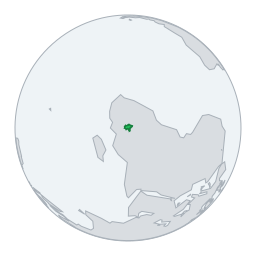 Matabeleland North highlighted on a globe, orthographic projection, rotated 141°
{"feature_id": "ZWE-526", "entity_name": "Matabeleland North", "entity_type": "Province", "adm_level": 1, "iso_a3": "ZWE", "parent_name": "Zimbabwe", "parent_adm1": "", "projection": "orthographic", "projection_center": [27.816, -18.601], "detail": "fine", "context": "on_globe", "style": "filled", "palette": "green", "viewbox_px": 256, "rotation_deg": 141, "n_neighbors": 0, "source": "natural_earth", "source_scale": "10m", "svg_char_len": 6131}
<svg xmlns="http://www.w3.org/2000/svg" viewBox="0 0 256 256"><g transform="rotate(141 128 128)"><circle cx="128" cy="128" r="113" fill="#eef3f6" stroke="#a8b0b8"/><path d="M16.5,111.9L16.4,113.8L17.7,113.4L18.0,117.2L17.6,120.4L18.5,120.0L18.5,121.9L23.8,119.8L28.0,122.0L28.9,128.6L27.4,138.2L30.6,155.8L29.1,164.7L31.8,172.0L36.0,184.0L34.7,185.6L38.3,189.4L40.2,193.3L40.2,195.0L43.0,198.3L43.2,199.5L45.1,200.8L49.4,206.5L53.0,209.1L57.2,213.4L59.6,214.8L59.7,215.2L60.8,216.4L62.3,217.4L60.8,217.3L55.7,213.7L52.8,211.1L52.8,211.4L46.2,204.8L47.8,206.6L40.0,198.1L34.2,190.1L25.6,174.9L22.5,167.4L19.9,159.8L17.9,152.0L16.5,144.0L15.6,136.0L15.4,127.9L15.7,119.9L16.5,111.9ZM64.7,218.2L61.6,217.8L62.7,217.7L60.1,215.3L63.0,216.2L64.7,218.2ZM58.4,211.6L57.4,209.7L58.2,209.9L59.0,211.3L58.4,211.6ZM232.6,86.1L232.7,86.6L231.3,83.1L231.7,84.9L236.4,98.1L237.1,101.1L236.7,104.3L236.2,101.8L232.4,92.6L233.4,99.6L236.4,108.6L237.5,117.2L235.9,112.7L234.6,105.1L233.2,101.7L232.4,95.3L228.8,84.8L227.2,84.7L226.1,81.0L221.0,72.0L218.0,71.7L214.0,77.7L215.4,87.1L213.1,90.2L205.5,74.5L201.9,65.4L199.3,65.3L191.4,56.8L178.1,53.5L176.1,51.2L173.6,51.7L168.0,49.0L165.0,45.6L161.6,45.4L169.8,54.6L173.4,54.9L176.2,52.3L177.8,55.5L183.2,59.3L177.6,65.9L157.7,70.9L155.6,63.9L139.8,46.3L140.2,44.6L140.1,44.4L139.9,44.1L138.6,46.8L135.8,43.8L144.4,55.1L145.9,60.4L157.4,71.3L156.4,72.3L160.0,74.8L171.6,73.5L171.7,75.8L166.3,86.5L150.2,101.6L152.3,113.5L151.0,123.9L140.9,130.6L141.7,139.1L136.4,142.1L136.0,147.1L131.8,152.5L124.7,157.8L112.7,158.6L112.0,153.9L106.1,145.4L97.9,125.6L101.0,116.2L100.0,109.5L91.3,96.1L93.2,88.2L90.9,85.3L86.1,86.8L83.4,83.6L80.5,84.0L62.3,90.8L56.8,87.7L50.4,76.5L53.7,70.2L54.4,64.5L77.2,41.4L82.0,41.1L99.9,36.1L102.1,36.4L99.9,40.2L113.2,43.5L117.7,40.1L129.9,42.4L138.0,42.4L141.1,35.8L127.7,35.4L125.5,32.4L136.3,30.0L148.0,31.1L147.5,30.0L140.2,27.2L143.0,25.7L137.7,26.2L139.8,27.3L136.5,27.8L134.4,26.9L135.5,26.3L132.0,25.8L127.8,29.3L129.5,30.8L120.2,31.7L122.1,34.4L119.6,35.8L115.4,31.9L115.9,30.4L108.1,27.3L106.8,28.8L114.0,32.0L111.7,31.9L110.0,34.6L109.5,32.4L101.9,29.1L93.6,31.2L82.9,39.3L78.1,41.0L74.1,40.9L78.2,34.2L88.5,31.3L90.1,29.4L88.1,27.8L91.4,27.2L91.9,26.3L95.8,25.5L101.4,22.8L105.4,22.0L107.8,19.9L110.2,19.4L108.1,20.7L108.8,21.4L118.7,20.5L120.7,20.0L121.4,18.8L124.0,18.9L123.5,18.0L129.3,17.6L121.8,17.4L122.4,16.6L126.0,16.1L124.9,15.9L119.1,16.9L118.0,17.4L119.2,17.8L115.0,19.8L111.6,20.4L110.8,18.6L105.9,19.5L107.5,18.2L122.2,15.5L128.2,15.4L137.9,16.0L136.4,16.1L132.2,15.8L135.9,16.5L135.7,16.2L137.9,16.5L139.1,16.2L140.7,16.4L139.1,16.0L141.2,16.2L142.2,16.5L145.7,16.8L150.2,17.6L157.9,19.4L165.5,21.8L173.0,24.7L180.2,28.2L187.1,32.1L193.7,36.5L200.0,41.4L206.0,46.7L211.6,52.5L216.7,58.6L221.4,65.0L225.6,71.8L229.3,78.8L232.6,86.1ZM69.3,51.2L68.7,52.8L69.3,51.2ZM160.5,36.4L167.5,37.8L164.1,33.5L166.5,33.8L164.5,32.4L163.9,33.2L158.9,29.7L161.8,29.3L160.8,27.9L158.5,27.4L153.9,28.8L161.0,33.7L159.5,35.0L160.5,36.4ZM90.7,23.7L92.0,23.6L90.4,24.7L85.3,26.5L87.6,25.0L90.7,23.7ZM94.1,23.5L94.8,21.7L98.0,20.8L96.1,21.5L98.1,21.1L95.6,22.3L98.0,23.5L96.7,24.6L88.1,26.9L91.6,25.4L90.1,25.3L94.1,23.5ZM97.1,19.7L96.7,19.8L91.6,21.4L91.2,21.5L97.1,19.7ZM104.7,34.8L106.4,34.8L109.2,34.4L108.1,36.2L104.7,34.8ZM99.4,32.5L101.0,32.0L100.8,34.1L99.0,34.3L99.4,32.5ZM102.0,30.3L101.1,31.9L100.5,31.1L102.0,30.3ZM109.6,20.4L111.3,20.1L111.4,20.3L110.4,20.8L109.6,20.4ZM138.8,36.8L136.3,38.0L135.1,37.3L136.2,37.0L138.8,36.8ZM121.4,36.6L125.3,37.3L121.1,37.1L121.4,36.6ZM177.0,190.2L177.2,192.3L175.7,192.0L177.0,190.2ZM169.9,124.0L161.7,142.3L156.5,141.8L155.8,136.0L159.0,124.8L165.1,122.2L168.2,117.5L169.9,124.0ZM239.1,146.4L238.8,148.3L238.7,148.8L239.1,146.4ZM239.4,143.2L239.3,145.0L239.2,144.1L239.4,143.2ZM239.2,146.1L239.2,145.7L239.2,145.9L239.2,146.1ZM239.4,142.2L238.1,136.5L237.2,133.0L237.7,131.7L239.1,135.6L239.4,142.2ZM237.6,131.5L235.9,123.1L231.6,104.1L233.2,105.8L237.3,119.1L237.1,120.4L238.1,126.4L237.6,131.5ZM240.6,128.4L240.6,130.0L240.3,134.4L239.9,130.9L239.5,128.7L239.3,121.7L239.4,119.2L239.8,120.4L240.0,115.9L240.6,128.4ZM215.9,88.2L218.3,94.9L216.9,95.2L215.9,88.2ZM233.0,87.3L233.8,89.4L233.5,88.7L232.9,87.2L233.0,87.2L233.0,87.3ZM221.4,190.9L220.2,189.4L221.1,186.6L223.3,183.8L228.8,172.5L228.8,173.3L231.8,166.4L233.9,165.8L235.4,162.0L232.7,169.6L229.4,177.0L225.7,184.1L221.4,190.9ZM240.1,139.2L240.5,134.0L240.1,139.2Z" fill="#d9dde1" stroke="#a8b0b8" stroke-width="1"/><path d="M124.6,128.8L124.5,128.6L124.3,128.4L124.2,128.3L124.2,128.1L123.9,127.8L123.7,127.6L123.6,127.4L123.5,127.2L123.4,127.1L123.2,126.9L123.2,126.7L123.2,126.4L123.2,126.5L123.3,126.5L123.5,126.6L123.9,126.5L124.0,126.5L124.3,126.7L124.3,126.8L124.5,126.8L124.8,126.8L124.8,126.7L125.0,126.6L125.3,126.7L125.5,126.8L125.8,126.9L125.9,127.0L126.0,126.9L126.3,126.8L126.5,126.7L126.8,126.5L126.7,126.4L126.8,126.4L127.3,125.8L127.5,125.7L127.6,125.3L127.7,125.2L127.9,124.9L128.0,124.8L128.1,124.7L128.4,124.6L128.4,124.9L128.5,124.9L128.4,125.0L128.5,125.0L128.6,125.3L128.7,125.5L128.8,125.5L128.8,125.8L128.7,125.9L128.7,126.0L128.7,126.3L128.5,126.5L128.4,126.7L128.4,126.8L128.5,126.9L128.5,127.0L128.4,127.1L128.5,127.2L128.4,127.2L128.4,127.3L128.4,127.8L128.6,127.9L128.8,127.9L128.9,128.0L129.0,128.0L129.3,128.0L129.4,127.9L129.5,127.9L130.4,127.9L130.5,128.0L130.4,128.1L130.1,128.2L130.0,128.3L130.1,128.8L130.2,129.0L130.4,129.4L130.4,129.5L130.6,129.8L130.4,129.8L130.4,130.0L130.4,130.3L130.2,130.4L130.1,130.5L130.0,130.8L129.9,130.8L129.7,131.2L129.6,131.3L129.4,131.2L129.6,131.2L129.6,130.9L129.4,130.9L129.2,130.9L129.1,131.0L129.3,131.1L129.2,131.2L129.0,131.4L128.9,131.4L128.8,131.2L128.7,131.1L128.6,130.9L128.4,130.9L128.3,131.0L128.3,130.9L128.2,130.9L128.2,131.0L127.9,131.0L127.8,130.9L127.7,130.8L127.6,130.7L127.4,130.5L127.3,130.4L127.2,130.4L126.9,130.4L126.7,130.4L126.4,130.4L126.0,130.5L125.9,130.5L125.7,130.5L125.7,130.4L125.4,130.2L125.2,130.1L125.3,130.0L125.2,130.0L125.2,129.9L124.9,129.9L124.7,129.3L124.6,129.2L124.5,128.9L124.6,128.8Z" fill="#22c55e" stroke="#15803d" stroke-width="1.5"/></g></svg>